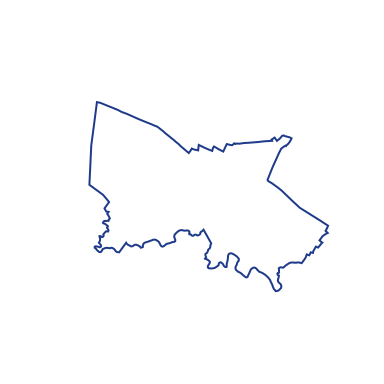 Serrekunda East, Banjul, Gambia, rotated 134°
{"feature_id": "56634734B18055278254530", "entity_name": "Serrekunda East", "entity_type": "district", "adm_level": 2, "iso_a3": "GMB", "parent_name": "Gambia", "parent_adm1": "Banjul", "projection": "natural_earth1", "projection_center": [-16.66, 13.41], "detail": "fine", "context": "isolated", "style": "outline", "palette": "blue", "viewbox_px": 384, "rotation_deg": 134, "n_neighbors": 0, "source": "geoboundaries", "source_scale": "gbopen_adm2", "svg_char_len": 5884}
<svg xmlns="http://www.w3.org/2000/svg" viewBox="0 0 384 384"><g transform="rotate(134 192 192)"><path d="M121.7,70.7L123.0,77.2L123.0,77.5L128.5,103.6L128.5,104.4L128.7,113.8L128.7,128.1L129.1,132.9L130.2,140.5L131.4,145.8L131.5,145.8L118.6,151.1L102.7,156.8L102.2,156.9L99.5,157.7L99.1,157.9L98.4,157.9L97.2,157.7L95.6,157.4L93.7,157.0L93.6,156.3L91.9,156.4L90.9,156.3L90.2,156.3L88.0,156.6L85.9,157.1L84.4,157.6L84.2,157.7L84.9,159.9L85.0,160.0L87.5,164.5L87.5,165.2L88.9,166.2L91.0,166.0L92.0,166.0L93.6,166.0L95.2,166.3L96.2,166.4L96.1,166.9L96.0,167.4L95.5,170.4L96.4,170.6L97.5,170.8L98.1,170.9L98.9,171.2L99.0,171.2L99.4,170.1L99.5,169.9L105.2,175.1L109.0,178.3L109.6,178.7L112.9,181.6L115.0,183.5L116.6,184.9L118.0,186.1L119.2,187.3L120.9,188.8L123.1,190.5L124.1,191.2L124.2,191.3L125.2,192.5L126.0,193.4L126.6,193.8L127.4,194.2L127.4,195.3L127.5,195.4L128.6,195.4L130.4,195.6L131.3,196.7L133.3,200.2L133.4,200.3L141.2,197.6L142.6,202.1L142.8,202.8L143.4,205.6L144.0,207.8L145.6,207.5L147.0,206.8L148.4,206.0L149.8,209.3L151.2,213.0L152.9,218.1L153.4,219.8L154.9,218.8L156.2,217.7L157.8,216.5L158.7,218.0L159.8,219.7L160.5,221.2L160.9,222.3L162.7,221.9L164.5,221.6L166.2,221.4L166.5,225.8L166.9,232.3L166.8,234.8L167.2,239.0L167.2,240.8L167.4,242.7L167.8,247.1L168.0,249.3L168.3,252.3L168.3,254.9L168.5,256.5L169.0,261.5L169.3,262.9L169.6,263.6L170.0,264.3L171.7,268.9L172.9,271.7L174.5,275.7L175.6,278.5L176.7,281.2L179.8,289.7L180.3,291.1L180.9,292.8L181.9,295.1L182.2,295.8L183.4,298.5L184.4,302.1L191.6,320.0L193.4,322.8L212.5,308.6L222.4,301.3L228.5,296.8L258.1,270.8L255.8,253.9L256.8,244.7L264.5,243.6L265.6,240.2L264.3,238.2L266.6,237.8L267.0,235.9L267.6,233.9L268.2,232.7L269.7,232.7L270.7,232.0L273.8,235.0L275.6,234.9L276.1,234.6L276.0,233.7L275.4,232.7L275.1,230.7L275.1,228.6L276.8,228.3L277.0,227.1L277.5,225.5L278.4,225.0L278.7,224.9L279.9,226.5L282.1,226.5L283.3,226.4L284.2,226.3L284.7,225.2L285.5,225.0L286.4,225.0L287.0,225.6L287.2,227.1L288.0,227.9L288.9,226.7L289.5,225.5L290.7,224.5L291.8,224.1L293.2,223.7L293.4,221.0L293.9,219.9L294.8,219.6L295.8,219.9L296.7,221.8L298.0,223.6L299.0,224.0L299.7,223.2L299.5,221.6L299.8,220.3L299.7,217.3L299.3,216.6L298.4,215.9L297.4,215.9L296.5,216.1L295.3,216.6L292.6,215.5L291.6,214.8L291.2,214.3L290.5,213.5L289.4,211.9L288.0,211.2L287.6,210.5L287.4,209.9L287.1,207.7L287.5,206.2L287.5,205.8L287.4,204.4L286.2,202.8L286.0,202.5L274.3,204.1L274.5,203.6L274.5,201.7L273.8,199.5L273.5,198.1L272.7,197.4L272.1,197.0L271.5,196.8L270.6,196.8L269.8,196.5L268.8,195.7L268.3,194.7L267.7,193.2L267.7,192.5L267.4,191.7L267.5,190.8L267.6,190.1L265.9,189.1L265.1,189.7L264.4,190.3L263.2,190.9L262.7,190.8L262.0,191.0L261.1,190.7L258.7,189.4L257.9,188.9L256.2,188.2L254.6,187.3L253.3,186.8L252.3,185.9L251.5,184.7L251.0,182.2L250.9,181.5L251.1,180.5L251.6,178.9L252.1,177.8L252.1,177.3L252.3,176.4L251.9,175.4L250.9,174.8L249.4,174.5L248.0,174.4L247.0,174.3L245.0,173.0L244.2,172.4L243.1,172.0L242.0,171.4L241.4,171.2L240.8,170.6L239.8,170.0L239.1,169.9L238.1,170.7L237.4,172.2L236.9,173.1L236.6,173.7L235.6,174.3L235.0,174.8L233.5,174.9L231.0,174.8L229.4,174.6L228.3,174.2L227.6,173.8L226.5,172.9L226.1,172.3L225.4,170.9L225.0,170.5L224.1,169.7L223.2,169.0L222.8,168.4L222.4,167.9L222.3,167.3L222.2,166.8L222.5,166.0L223.1,165.5L223.7,165.4L223.8,164.8L224.2,164.5L223.3,163.1L223.5,162.3L223.5,161.9L223.3,161.6L222.9,160.9L222.3,160.6L221.6,160.5L221.0,160.5L220.5,160.2L219.8,159.3L219.7,158.5L219.2,157.6L217.7,157.0L216.9,156.9L216.3,157.0L215.4,157.8L214.6,157.9L213.9,157.7L213.2,157.5L212.6,157.5L211.1,157.5L215.6,142.5L217.6,141.7L218.8,140.7L220.3,140.1L221.1,140.2L222.2,140.3L222.7,139.9L223.9,139.4L225.2,138.9L227.1,139.3L227.8,138.8L228.5,138.0L228.8,137.1L229.2,136.4L231.0,136.3L231.0,136.2L230.6,135.5L230.1,134.5L229.9,133.9L229.8,133.1L229.7,132.5L229.7,131.8L229.7,131.3L229.8,130.7L230.1,130.3L231.2,129.8L233.1,129.4L234.1,129.2L235.2,128.3L235.3,127.9L235.2,127.6L235.2,126.9L234.7,126.5L234.1,125.5L233.2,124.6L232.3,123.9L231.3,123.2L230.7,122.9L229.6,122.6L226.5,122.0L226.3,122.0L224.6,123.1L223.8,123.1L222.7,122.7L222.4,121.8L222.3,119.9L223.0,117.8L223.0,116.4L222.6,115.6L221.9,115.1L220.7,116.0L219.8,117.0L218.9,117.5L217.5,118.3L216.6,118.8L215.3,119.7L214.3,120.5L213.5,121.2L212.5,122.0L211.0,122.4L210.2,122.2L209.1,121.5L208.6,120.8L208.2,119.7L207.8,118.3L207.5,116.6L207.3,115.7L207.3,113.9L207.5,112.1L207.7,111.7L209.1,110.6L209.9,110.7L211.4,110.3L213.6,109.2L214.7,108.9L215.9,108.4L216.5,107.9L216.9,107.5L217.4,106.4L217.4,104.7L217.3,103.3L216.8,102.1L216.5,100.8L216.4,100.2L216.4,99.3L216.3,97.1L216.1,95.1L215.9,94.1L215.4,93.3L214.4,93.1L211.9,94.1L210.9,94.3L210.4,94.5L208.4,95.3L207.0,95.8L205.8,95.8L204.6,95.6L203.8,95.2L203.2,94.9L202.6,93.8L202.4,92.2L202.6,91.0L202.6,89.8L202.7,89.1L202.7,88.5L201.8,86.2L201.5,85.6L201.2,84.4L200.7,81.7L200.7,80.8L200.6,78.6L200.7,77.0L200.9,75.7L201.1,74.5L201.8,73.2L202.6,70.8L203.3,69.2L204.2,67.5L204.8,66.0L205.0,65.3L204.9,64.2L205.2,62.9L204.9,62.7L204.3,62.2L202.7,61.3L201.3,61.3L199.4,61.2L197.7,62.2L196.7,64.1L196.8,66.2L196.8,66.4L196.7,67.5L196.2,68.6L195.3,69.3L193.2,70.4L192.2,71.0L191.7,71.5L191.9,72.2L192.1,72.8L191.8,73.4L191.3,73.9L190.7,74.0L190.0,73.4L189.2,73.6L188.8,74.2L187.5,75.4L187.0,76.1L186.4,76.6L185.8,76.5L184.9,76.1L184.3,75.7L183.4,74.1L182.6,73.7L181.5,73.7L180.3,73.6L179.0,73.4L176.3,72.8L175.7,72.6L174.6,72.2L173.1,71.0L170.7,68.1L168.9,66.8L167.1,64.0L167.0,63.7L166.0,63.8L165.1,63.9L163.8,64.1L161.6,64.4L159.7,64.9L157.2,66.1L156.1,63.7L154.2,64.2L152.9,64.7L152.2,63.5L151.7,62.7L151.1,63.2L149.8,63.8L145.2,64.9L144.4,62.7L141.5,62.9L139.6,63.1L137.9,63.1L138.1,63.9L138.1,64.7L138.2,66.7L135.8,67.0L133.0,67.4L129.0,66.6L127.2,65.9L127.2,66.7L127.2,68.1L127.2,68.9L126.8,69.0L125.9,69.2L123.8,69.9L122.9,70.2L121.7,70.7Z" fill="none" stroke="#1e3a8a" stroke-width="2"/></g></svg>